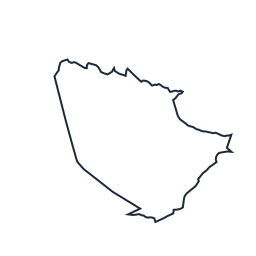 Paulista, Paraíba, Brazil (orthographic projection), rotated 42°
{"feature_id": "56859067B46882677849829", "entity_name": "Paulista", "entity_type": "district", "adm_level": 2, "iso_a3": "BRA", "parent_name": "Brazil", "parent_adm1": "Paraíba", "projection": "orthographic", "projection_center": [-37.594, -6.622], "detail": "fine", "context": "isolated", "style": "outline", "palette": "slate", "viewbox_px": 256, "rotation_deg": 42, "n_neighbors": 0, "source": "geoboundaries", "source_scale": "gbopen_adm2", "svg_char_len": 1700}
<svg xmlns="http://www.w3.org/2000/svg" viewBox="0 0 256 256"><g transform="rotate(42 128 128)"><path d="M220.8,76.5L214.8,76.6L209.3,63.9L208.2,65.9L206.7,67.3L205.3,69.4L202.6,70.9L198.8,72.0L196.3,72.9L194.7,75.0L192.5,76.0L190.7,77.2L188.6,78.2L186.9,79.6L185.4,80.7L183.6,81.3L181.6,82.0L179.5,83.2L177.0,83.4L174.7,84.2L173.1,85.1L170.8,86.0L168.0,86.0L166.3,86.2L164.4,86.4L160.8,86.7L157.5,85.9L155.8,85.0L142.8,77.0L143.3,74.6L143.2,71.8L143.0,69.7L143.5,67.9L144.6,66.3L144.4,64.4L142.1,65.1L140.6,67.5L138.9,68.0L137.6,69.2L136.5,71.2L135.3,72.9L133.3,72.6L130.8,71.7L128.3,73.4L126.1,74.1L124.0,74.2L121.5,74.7L120.6,76.8L119.0,77.7L118.3,79.3L117.1,80.5L115.2,80.2L113.0,80.1L110.1,80.8L107.4,82.7L106.9,84.8L97.0,84.6L88.0,84.2L88.3,86.3L91.3,90.8L89.1,91.7L85.4,93.5L82.4,94.1L79.9,94.4L77.5,92.8L77.9,95.1L78.5,96.8L77.0,101.8L73.9,103.3L70.5,104.4L65.4,102.7L62.2,102.7L55.2,106.2L55.4,108.8L57.3,111.1L55.5,112.4L45.5,114.4L43.9,115.2L42.4,117.5L39.8,118.3L37.2,117.6L35.9,119.8L34.4,122.3L34.1,124.9L35.3,127.4L36.6,129.9L37.9,131.5L38.3,135.8L38.9,138.9L77.6,164.7L99.9,179.0L112.2,186.7L114.2,187.2L122.4,188.2L149.8,186.3L159.1,185.7L169.4,183.8L191.0,179.8L185.9,192.1L187.9,190.7L189.9,189.3L191.8,187.2L194.0,184.4L196.0,184.0L198.4,182.5L200.5,182.4L202.6,181.4L203.9,179.9L205.7,178.5L208.0,177.5L211.2,179.5L212.7,176.3L215.0,170.8L216.2,167.2L218.8,161.2L216.7,158.2L219.2,155.7L221.1,152.9L221.9,150.3L217.6,144.1L216.0,141.4L215.6,139.8L215.4,137.1L217.1,125.8L216.2,120.1L214.3,119.1L214.1,115.2L213.9,111.5L214.7,106.7L214.7,102.6L216.6,94.1L214.1,92.5L212.8,90.4L212.2,88.1L212.3,85.6L217.5,79.0L220.8,76.5Z" fill="none" stroke="#1e293b" stroke-width="2"/></g></svg>